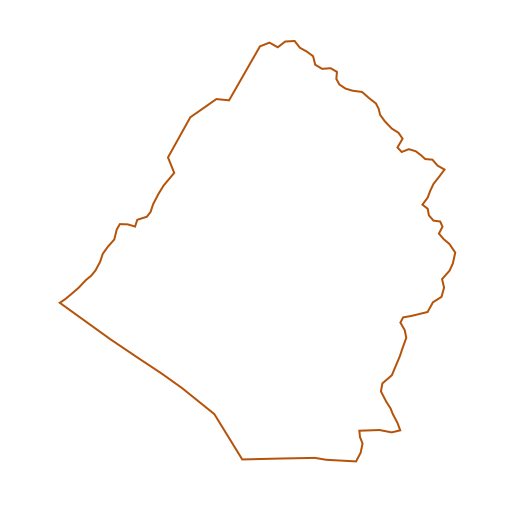 outline of Craíbas, Alagoas, Brazil, rotated 86°
{"feature_id": "56859067B56014310634497", "entity_name": "Craíbas", "entity_type": "district", "adm_level": 2, "iso_a3": "BRA", "parent_name": "Brazil", "parent_adm1": "Alagoas", "projection": "natural_earth1", "projection_center": [-36.799, -9.64], "detail": "fine", "context": "isolated", "style": "outline", "palette": "amber", "viewbox_px": 512, "rotation_deg": 86, "n_neighbors": 0, "source": "geoboundaries", "source_scale": "gbopen_adm2", "svg_char_len": 1510}
<svg xmlns="http://www.w3.org/2000/svg" viewBox="0 0 512 512"><g transform="rotate(86 256 256)"><path d="M459.7,246.6L461.5,211.3L464.2,200.1L467.9,170.5L459.5,165.3L450.5,162.8L443.8,164.9L437.5,165.1L437.9,154.0L438.2,145.0L441.4,133.0L440.0,124.3L432.4,126.5L423.1,130.6L417.4,132.4L410.5,136.2L399.8,140.8L391.9,138.8L384.4,128.8L365.8,119.4L359.2,116.7L348.1,111.8L340.4,112.8L332.5,116.6L327.5,113.5L326.6,104.9L323.8,88.7L314.5,82.7L309.7,73.8L300.7,70.6L292.0,72.0L284.2,64.0L277.3,60.2L266.5,57.0L257.5,62.2L252.4,67.5L246.4,72.0L239.8,67.9L234.4,69.9L233.1,76.5L227.5,80.7L220.9,81.4L216.4,86.4L209.8,80.7L203.0,77.6L196.3,73.8L189.4,67.5L182.9,61.9L178.5,68.6L172.2,73.3L171.1,80.4L166.8,84.6L162.6,89.4L160.1,96.1L162.4,103.4L157.6,107.3L149.2,101.6L143.1,105.2L138.3,111.7L130.6,118.1L123.9,122.3L117.7,123.4L112.2,125.7L106.5,132.1L99.7,138.8L97.9,148.0L95.2,155.1L90.7,160.9L84.9,163.5L78.0,162.4L73.9,168.4L73.9,177.0L69.3,183.6L60.7,185.1L55.9,190.7L51.3,197.7L44.2,202.5L44.1,211.9L49.3,219.7L44.1,227.7L47.1,237.4L98.8,272.0L96.7,284.6L113.0,311.8L119.7,316.2L151.5,336.9L162.1,333.5L167.4,331.8L179.2,343.2L187.0,348.8L197.1,355.0L204.7,358.1L209.2,362.1L211.6,371.9L218.2,374.6L215.5,381.7L214.7,389.6L219.9,393.1L229.6,396.2L236.5,403.2L243.1,408.7L251.1,412.0L259.3,417.2L264.1,421.7L268.3,427.6L275.2,435.0L281.2,443.0L285.7,449.3L289.0,455.0L328.9,407.1L349.9,380.2L366.7,358.3L382.6,339.0L410.8,308.6L458.0,283.9L459.7,246.6Z" fill="none" stroke="#b45309" stroke-width="2"/></g></svg>